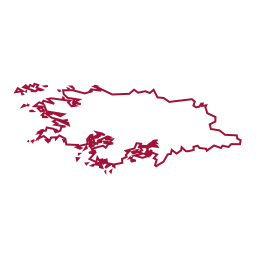 the district of Conamara North Lea-4, Galway, Ireland
{"feature_id": "5873133B12097804140145", "entity_name": "Conamara North Lea-4", "entity_type": "district", "adm_level": 2, "iso_a3": "IRL", "parent_name": "Ireland", "parent_adm1": "Galway", "projection": "natural_earth1", "projection_center": [-9.915, 53.454], "detail": "fine", "context": "isolated", "style": "outline", "palette": "rose", "viewbox_px": 256, "rotation_deg": 0, "n_neighbors": 0, "source": "geoboundaries", "source_scale": "gbopen_adm2", "svg_char_len": 5799}
<svg xmlns="http://www.w3.org/2000/svg" viewBox="0 0 256 256"><path d="M215.3,121.6L215.5,117.0L207.3,113.2L205.4,107.1L206.2,105.3L202.1,105.9L202.7,103.6L201.3,103.6L199.4,106.6L196.2,107.3L193.4,105.6L194.8,101.6L191.9,99.2L169.3,101.9L163.6,98.0L157.5,97.4L153.6,89.8L149.8,93.0L145.1,91.2L138.2,92.7L134.0,89.7L129.3,93.8L112.3,94.5L96.1,86.7L94.7,86.8L100.6,89.6L100.4,90.6L91.1,89.3L90.0,90.7L92.5,91.2L84.6,93.4L72.6,90.2L63.1,90.3L63.7,94.2L67.7,97.9L79.2,99.6L72.2,103.4L76.0,102.5L80.8,104.3L75.7,103.3L73.6,104.9L75.5,105.7L71.6,106.3L68.1,102.4L70.0,100.8L51.3,98.3L47.8,99.0L54.2,103.8L43.5,100.8L42.4,102.5L43.4,104.1L39.3,102.3L34.3,106.2L44.7,106.7L46.6,111.4L64.0,114.2L60.4,116.2L51.0,112.1L46.3,112.0L52.5,114.1L46.0,113.6L51.8,117.8L62.8,120.7L67.8,119.9L63.4,121.8L68.1,122.8L68.8,125.2L56.4,119.5L53.2,121.5L57.1,123.4L54.9,124.7L65.6,126.5L61.4,126.9L60.3,130.6L58.0,131.7L56.3,129.7L55.1,129.7L57.0,131.5L55.6,132.2L53.7,128.9L46.7,127.5L45.8,130.7L43.2,130.8L37.7,138.9L43.6,136.0L49.6,140.7L51.1,137.5L56.0,137.3L56.0,139.0L59.3,135.5L65.3,138.7L66.3,144.5L78.1,145.0L78.8,146.3L76.3,147.2L80.0,148.8L81.2,148.1L79.3,147.5L80.3,145.7L87.6,144.0L87.1,139.4L90.2,135.4L93.2,134.6L91.3,135.9L93.5,137.4L99.3,133.8L98.1,133.9L96.4,132.2L102.4,133.6L104.7,135.0L100.3,134.4L98.9,135.4L100.6,136.0L97.9,136.0L98.1,137.4L93.4,138.0L94.2,142.6L97.3,143.9L97.8,140.6L99.6,140.0L99.2,142.3L101.0,142.1L101.0,139.5L107.7,136.4L110.1,137.3L105.3,139.5L112.5,139.3L109.3,142.6L113.1,143.4L108.2,144.3L105.7,147.7L103.1,145.7L92.8,148.5L92.3,150.5L93.6,150.6L91.9,152.3L94.9,151.0L95.5,152.4L89.5,159.0L96.3,162.1L97.4,157.4L99.1,160.3L102.4,159.3L105.0,163.0L106.4,162.3L105.2,159.8L106.6,159.5L107.0,163.1L113.4,164.4L112.9,166.0L114.5,167.0L114.4,164.4L122.3,162.8L122.0,159.0L126.6,156.9L125.9,155.0L129.0,151.6L126.4,151.5L125.7,150.8L134.5,148.4L136.6,143.2L140.9,143.8L138.3,147.9L141.5,145.6L143.0,147.1L140.2,147.1L142.1,150.3L138.4,152.1L142.8,153.6L134.7,155.5L142.5,157.8L148.2,156.0L144.3,153.8L146.6,152.7L147.4,148.7L144.5,145.9L151.5,146.2L151.2,145.1L151.4,144.4L149.3,144.1L154.2,140.7L157.7,140.2L154.2,140.8L156.4,143.0L152.8,142.5L151.4,145.0L153.5,144.2L156.4,145.5L157.4,146.8L152.0,146.2L148.0,147.6L147.3,149.8L150.1,152.4L151.0,150.5L151.5,150.7L151.3,154.0L152.4,152.7L157.1,154.5L153.8,158.2L156.7,159.8L155.0,165.2L156.1,166.2L163.5,161.7L167.7,154.4L170.9,153.9L171.7,149.9L176.6,153.6L181.1,150.4L181.6,147.2L185.9,151.2L188.5,151.2L193.7,149.9L193.5,146.8L197.6,145.7L199.6,148.0L206.2,148.8L206.8,150.7L214.1,145.5L221.0,148.0L222.5,145.7L228.6,147.0L231.1,144.1L240.0,144.2L240.6,140.2L237.3,138.6L236.8,135.4L225.0,134.8L219.5,130.4L210.9,129.0L209.7,124.4L215.3,121.6ZM33.4,86.5L30.1,85.0L28.3,87.9L25.8,85.3L23.3,87.2L35.7,91.3L39.1,88.6L36.6,87.6L38.2,85.0L34.4,83.9L33.4,86.5ZM93.2,142.7L89.6,140.2L91.6,139.7L91.3,137.0L89.1,137.3L89.0,140.3L90.5,142.7L89.7,143.2L89.5,146.2L92.8,145.9L90.3,143.1L93.2,142.7ZM15.4,92.2L22.8,91.1L17.8,88.2L15.4,92.2ZM100.5,162.5L95.8,163.7L95.5,164.4L100.0,165.0L100.0,167.2L102.4,167.8L100.5,162.5ZM44.0,110.6L41.4,107.6L38.0,108.5L40.9,111.4L44.0,110.6ZM135.8,160.6L131.5,159.4L131.2,160.9L131.8,161.5L135.8,160.6ZM109.4,165.3L106.8,165.4L105.3,167.9L109.4,165.3ZM46.2,116.6L42.0,117.1L46.6,117.1L46.2,116.6ZM76.6,158.0L77.1,160.1L78.7,158.2L76.6,158.0ZM43.3,115.3L43.6,113.2L41.9,115.0L43.3,115.3ZM86.3,146.7L84.8,149.1L86.8,148.0L86.3,146.7ZM150.0,154.1L147.8,153.9L148.9,155.9L150.0,154.1ZM92.9,165.8L94.4,164.3L91.8,165.5L92.9,165.8ZM25.6,105.5L23.9,104.9L22.6,106.6L25.6,105.5ZM136.9,151.5L135.0,153.0L137.8,152.0L136.9,151.5ZM32.1,110.6L29.4,111.2L32.9,111.1L32.1,110.6ZM38.8,89.7L40.2,90.4L42.4,89.8L41.7,89.4L38.8,89.7ZM134.8,152.9L133.3,152.0L132.3,152.6L132.9,153.3L134.8,152.9ZM101.7,161.6L103.2,163.4L103.7,162.6L101.7,161.6ZM45.2,86.5L47.8,85.9L44.8,86.3L45.2,86.5ZM73.2,88.1L72.1,86.5L71.0,86.5L73.2,88.1ZM148.1,153.4L148.5,152.0L147.0,152.0L148.1,153.4ZM86.4,164.2L87.3,163.3L85.9,163.4L86.4,164.2ZM64.5,98.8L63.1,97.6L62.9,98.3L64.5,98.8ZM90.3,152.1L89.1,153.1L90.7,152.7L90.3,152.1ZM110.8,172.1L111.1,170.7L110.2,171.4L110.8,172.1ZM28.9,141.8L28.3,141.1L27.7,140.9L28.9,141.8ZM104.2,141.7L105.2,142.5L105.4,141.8L104.2,141.7ZM73.9,101.5L74.0,100.8L72.6,100.8L73.9,101.5ZM59.4,91.1L60.5,90.6L58.9,90.5L59.4,91.1ZM22.9,94.1L22.0,93.3L22.2,94.3L22.9,94.1ZM32.1,90.4L31.9,91.1L32.7,91.1L32.1,90.4ZM29.2,105.4L28.1,104.9L28.1,105.4L29.2,105.4ZM39.6,133.0L39.1,132.7L38.5,133.2L39.6,133.0ZM41.9,130.6L43.5,130.3L43.0,130.0L42.4,130.1L41.9,130.6ZM108.5,141.4L107.3,141.9L107.5,142.3L108.5,141.4ZM104.9,170.7L105.3,171.4L105.3,171.0L104.9,170.7ZM63.4,140.3L64.0,141.5L64.6,140.7L63.4,140.3ZM48.3,141.7L49.1,142.2L48.8,141.7L48.3,141.7ZM93.8,85.8L95.3,86.2L96.0,86.0L95.3,85.8L93.8,85.8ZM137.1,150.2L136.3,150.2L136.0,151.0L137.1,150.2ZM133.8,151.4L133.0,151.7L133.8,152.0L133.8,151.4ZM46.0,140.1L46.7,140.8L46.5,140.0L46.0,140.1ZM33.7,140.3L33.0,141.0L34.3,140.3L33.7,140.3ZM39.9,132.0L39.4,131.5L38.9,131.8L39.9,132.0ZM68.6,88.9L69.6,88.9L68.4,88.6L68.6,88.9ZM107.4,143.0L106.7,143.2L106.8,143.3L107.4,143.0ZM36.5,139.1L37.6,139.3L37.5,138.9L36.5,139.1ZM91.3,148.1L91.6,148.7L91.9,148.4L91.3,148.1ZM94.4,144.1L94.1,144.7L94.7,144.3L94.4,144.1ZM131.0,158.7L131.4,158.0L130.7,158.4L131.0,158.7ZM26.0,91.4L25.4,91.8L26.0,91.7L26.0,91.4ZM92.3,153.4L92.8,153.7L92.8,153.3L92.3,153.4ZM78.9,154.1L79.3,153.8L78.9,153.8L78.9,154.1ZM59.3,114.7L59.3,114.3L59.0,114.4L59.3,114.7ZM100.0,161.3L100.2,161.8L101.0,161.1L100.0,161.3ZM73.9,88.6L74.7,88.6L73.8,88.4L73.9,88.6ZM105.6,143.3L106.2,142.7L105.1,143.1L105.6,143.3ZM32.3,141.6L32.3,141.0L31.9,141.2L32.3,141.6ZM130.1,157.5L129.6,158.1L130.3,157.9L130.1,157.5ZM42.0,130.3L41.2,130.4L41.3,130.8L42.0,130.3Z" fill="none" stroke="#9f1239" stroke-width="2"/></svg>